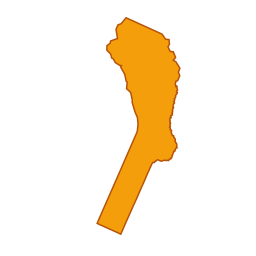 Nevada, California, United States of America, rotated 114°
{"feature_id": "52423323B72053512524977", "entity_name": "Nevada", "entity_type": "district", "adm_level": 2, "iso_a3": "USA", "parent_name": "United States of America", "parent_adm1": "California", "projection": "orthographic", "projection_center": [-120.746, 39.266], "detail": "fine", "context": "isolated", "style": "filled", "palette": "amber", "viewbox_px": 256, "rotation_deg": 114, "n_neighbors": 0, "source": "geoboundaries", "source_scale": "gbopen_adm2", "svg_char_len": 3466}
<svg xmlns="http://www.w3.org/2000/svg" viewBox="0 0 256 256"><g transform="rotate(114 128 128)"><path d="M68.8,102.6L65.8,103.3L64.7,101.9L59.1,102.0L56.5,104.7L52.3,104.9L48.0,111.2L47.7,114.2L44.2,113.2L39.9,117.7L40.9,120.5L37.6,124.5L34.6,124.2L30.5,126.5L31.6,129.8L28.4,135.0L28.1,174.6L35.5,176.7L37.9,179.1L42.7,179.1L50.5,174.0L55.6,179.3L57.8,178.8L61.4,180.7L65.5,179.0L67.5,174.0L70.7,171.3L70.9,169.4L73.4,166.2L74.2,161.1L73.7,159.3L75.3,159.5L80.3,152.8L86.0,148.7L86.4,147.4L92.7,145.3L94.4,140.1L100.8,135.4L102.8,134.7L110.2,128.4L114.7,123.6L120.4,120.4L127.6,118.1L141.8,118.0L178.1,117.7L222.8,117.5L227.0,117.4L227.7,117.4L227.8,114.6L227.8,105.6L227.9,91.4L226.9,91.4L222.8,91.4L217.3,91.5L213.4,91.5L209.4,91.5L203.8,91.5L197.1,91.5L189.2,91.4L179.6,91.5L168.6,91.5L163.7,91.6L158.5,91.6L153.4,91.6L151.0,91.6L149.4,91.3L149.3,91.0L149.1,90.4L149.0,90.1L148.6,89.8L148.2,89.9L147.8,89.8L147.5,89.6L147.3,89.4L147.2,89.4L146.9,89.3L146.9,89.1L146.7,89.0L146.2,88.9L145.9,88.7L145.6,88.4L145.4,88.3L145.1,88.1L144.9,87.7L144.8,87.2L144.9,86.5L144.9,85.8L144.9,85.2L144.9,84.5L144.6,83.9L144.1,83.1L143.3,82.4L142.6,81.6L142.3,80.8L142.3,79.9L141.5,79.2L141.5,78.3L141.4,77.9L141.0,77.6L140.6,77.5L139.7,77.6L139.3,76.9L138.9,76.6L138.5,76.4L138.4,76.4L138.5,76.3L138.5,76.2L138.3,76.2L137.9,76.1L137.6,76.1L137.3,76.2L137.1,76.3L136.9,76.1L136.5,76.0L136.1,76.2L135.8,76.3L135.4,76.3L135.3,76.5L135.0,76.5L134.7,76.3L134.1,76.4L133.3,76.4L132.6,76.6L131.9,76.4L131.1,76.5L130.9,76.7L130.6,76.7L130.4,76.5L130.2,76.0L130.0,75.8L129.7,75.9L129.5,76.0L129.0,75.8L128.4,76.1L128.0,76.1L127.7,75.9L127.1,76.0L126.6,75.9L126.3,75.7L126.1,75.3L126.0,75.5L125.6,75.6L125.5,75.9L124.8,76.0L124.5,76.2L124.0,76.5L123.6,76.6L123.2,76.8L122.8,77.0L122.5,77.3L122.4,77.9L121.8,78.2L121.7,78.6L121.3,79.2L121.0,79.5L120.6,79.6L120.2,79.7L119.9,80.0L119.6,80.1L119.1,80.2L118.7,80.7L118.5,81.2L118.1,81.5L118.1,82.1L117.7,82.4L117.4,82.7L117.1,82.9L116.7,82.9L116.5,83.1L116.5,83.3L116.7,83.7L116.8,84.1L116.7,84.6L116.3,84.9L115.9,85.2L115.4,85.7L115.1,86.3L114.5,86.6L114.2,86.7L113.9,86.9L113.4,86.8L113.1,87.0L112.7,87.3L112.4,87.4L112.3,87.7L112.5,87.9L112.5,88.3L112.3,88.8L111.8,89.0L111.6,89.0L111.4,89.0L111.1,89.3L110.7,89.4L110.5,89.8L110.4,90.0L110.3,90.4L109.9,90.4L109.4,90.1L108.9,90.3L108.7,90.7L108.0,90.9L107.6,91.0L107.4,91.0L107.4,90.9L107.0,90.9L106.8,91.2L106.3,91.6L106.0,91.3L105.6,91.6L105.5,92.1L104.8,92.6L104.4,92.5L104.1,92.5L103.7,93.0L103.2,93.4L102.7,93.2L102.2,93.4L101.7,93.6L101.6,93.3L101.3,92.8L100.8,92.9L100.7,93.1L100.7,93.3L100.6,93.6L100.4,93.6L99.8,93.5L99.6,93.8L99.2,93.8L99.0,93.6L98.6,93.5L98.4,93.2L98.3,92.9L98.0,92.9L97.6,92.9L96.8,93.5L96.6,93.9L96.4,93.8L96.1,93.7L95.5,93.8L95.2,93.7L94.9,93.9L94.9,94.0L94.7,94.0L94.3,94.1L93.7,94.5L93.5,94.8L93.1,94.8L92.9,94.7L92.6,94.7L92.6,94.9L92.2,94.9L91.7,94.8L91.5,95.0L91.4,94.9L91.2,94.8L91.2,95.0L90.9,95.2L90.5,95.1L90.2,95.2L89.7,95.5L89.3,95.8L88.4,96.1L87.6,96.0L87.0,96.0L86.5,95.7L86.0,95.8L85.8,96.2L85.7,96.5L85.5,96.9L85.2,96.8L84.5,96.6L84.0,96.8L83.6,96.8L83.2,96.8L83.2,97.1L82.9,97.5L82.3,97.4L81.6,97.3L81.0,97.0L80.4,97.2L79.8,97.3L79.3,97.5L78.9,97.8L78.2,97.6L77.1,97.3L76.5,97.2L75.9,97.4L75.5,97.4L75.4,97.8L75.5,98.0L75.5,98.3L75.2,98.3L74.8,98.4L74.1,98.5L73.7,98.2L73.0,98.3L72.5,98.7L71.1,100.0L70.4,99.9L69.9,100.5L70.4,100.7L70.7,101.4L70.0,101.6L69.1,102.3L68.8,102.6Z" fill="#f59e0b" stroke="#b45309" stroke-width="1.5"/></g></svg>